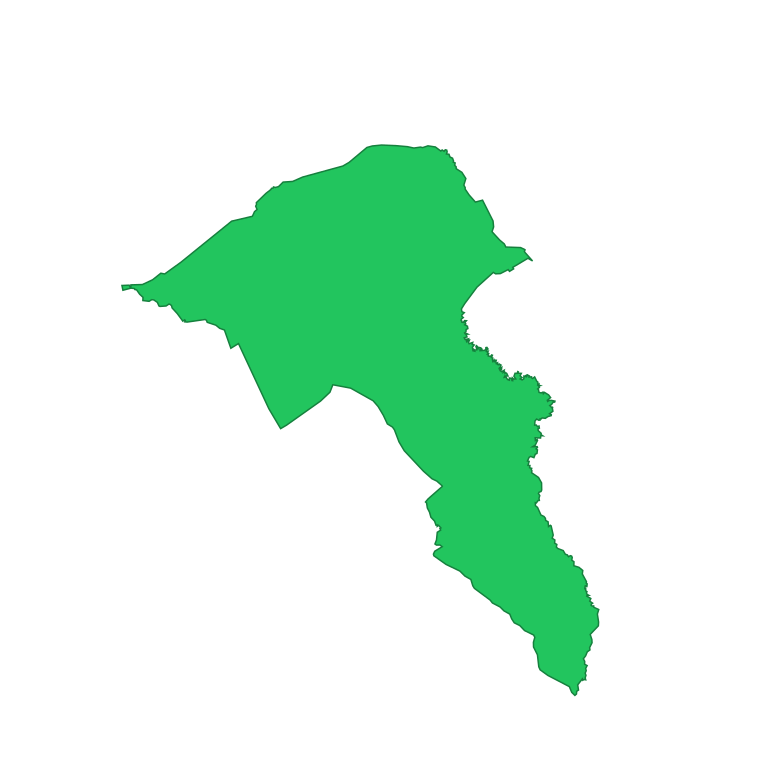 outline of Madrid, Cundinamarca, Colombia, rotated 107°
{"feature_id": "7082276B83937578345103", "entity_name": "Madrid", "entity_type": "district", "adm_level": 2, "iso_a3": "COL", "parent_name": "Colombia", "parent_adm1": "Cundinamarca", "projection": "albers", "projection_center": [-74.258, 4.77], "detail": "fine", "context": "isolated", "style": "filled", "palette": "green", "viewbox_px": 768, "rotation_deg": 107, "n_neighbors": 0, "source": "geoboundaries", "source_scale": "gbopen_adm2", "svg_char_len": 6171}
<svg xmlns="http://www.w3.org/2000/svg" viewBox="0 0 768 768"><g transform="rotate(107 384 384)"><path d="M615.1,110.8L608.0,108.1L609.2,107.3L608.2,106.4L607.9,104.6L606.3,105.7L603.5,105.7L601.7,107.1L599.1,106.8L596.9,108.0L593.9,107.4L593.3,110.2L590.5,111.0L588.5,113.0L585.0,111.7L580.7,111.3L578.1,109.3L576.0,110.3L570.6,109.4L567.6,110.5L563.2,113.6L552.6,108.3L548.9,109.2L541.6,112.7L536.9,112.7L536.2,118.0L534.9,118.6L535.5,120.0L535.1,121.2L534.0,121.4L532.6,120.4L531.5,123.8L528.7,123.5L527.6,128.1L526.9,128.0L526.2,126.4L525.8,128.3L524.6,129.3L523.2,129.2L522.8,130.6L520.7,131.3L521.3,131.7L520.8,132.3L518.1,132.5L518.2,130.8L515.7,131.3L515.3,132.4L513.8,132.6L507.7,138.8L504.2,139.4L502.3,144.0L502.3,149.3L498.4,150.4L497.6,152.9L494.8,153.3L493.7,154.3L493.7,155.6L495.2,157.1L493.8,158.7L493.8,160.8L490.9,163.9L490.5,169.7L489.6,171.5L486.9,171.8L486.3,174.3L483.2,175.0L482.3,178.1L479.0,178.0L470.8,182.7L470.5,183.7L472.2,185.0L467.8,186.8L467.2,189.5L465.2,190.4L463.9,192.3L463.4,195.6L457.1,201.1L456.1,203.6L453.2,204.6L453.2,203.5L450.4,202.6L449.9,201.4L447.9,202.4L445.2,202.4L443.6,204.3L442.1,204.0L440.9,202.4L439.3,202.2L432.5,204.4L428.2,208.9L425.7,216.9L423.7,217.2L422.6,218.3L421.5,218.1L421.5,220.3L419.3,220.6L419.7,222.5L415.6,222.6L415.7,224.3L411.7,223.8L410.4,222.6L410.6,219.1L406.9,218.8L405.7,217.4L402.1,218.0L401.6,219.6L399.7,218.7L399.1,219.2L400.5,223.5L398.3,221.5L393.0,220.7L392.3,221.4L393.8,222.7L391.2,223.7L389.9,218.5L387.5,218.9L387.1,217.2L386.6,218.9L385.2,219.3L383.5,222.9L381.9,223.6L380.8,222.5L378.9,223.5L379.9,224.7L378.7,226.4L379.3,227.9L375.2,228.8L372.9,227.8L373.4,225.4L372.9,224.2L371.6,224.5L371.3,223.3L370.2,222.9L369.7,219.7L367.2,217.7L365.4,214.9L364.5,215.0L364.0,217.0L360.7,214.5L357.3,216.2L356.5,215.5L357.5,216.7L356.1,219.2L354.7,217.8L352.0,217.0L351.4,215.5L350.4,215.5L350.7,219.2L351.6,221.4L352.8,222.4L351.8,223.1L348.3,220.7L346.3,223.4L345.1,228.1L346.7,228.8L345.3,229.6L346.6,231.1L346.7,233.3L344.1,234.7L343.8,235.6L341.8,234.4L340.7,235.5L339.9,234.2L339.9,235.5L338.7,235.8L339.8,236.8L337.2,237.4L336.7,238.7L333.2,242.0L335.3,243.5L334.9,244.7L334.0,245.0L334.9,247.3L333.8,247.3L333.3,249.7L334.4,250.8L334.7,249.7L335.4,249.8L335.5,252.5L338.2,251.8L339.7,253.1L339.4,255.3L337.5,253.9L336.4,256.3L333.7,255.8L334.5,259.1L333.1,259.1L333.0,259.7L334.9,259.8L335.4,261.8L338.6,262.0L340.6,259.5L341.4,261.4L340.7,262.8L343.2,261.9L343.3,262.7L341.3,263.6L341.6,265.9L343.7,265.3L343.6,267.2L341.6,269.5L342.5,271.0L341.1,270.9L340.1,267.8L338.0,269.7L337.7,270.7L338.6,271.4L337.0,272.3L338.0,273.3L335.8,273.2L337.8,275.1L337.3,276.7L335.7,275.9L334.0,276.2L336.4,277.5L335.7,278.4L334.6,278.3L334.2,277.1L332.6,277.9L331.7,277.6L331.2,279.7L332.1,280.1L332.1,281.2L330.5,281.6L331.6,282.6L330.0,283.6L328.5,283.6L328.7,284.5L330.2,285.1L328.8,285.8L330.5,286.6L328.6,287.6L327.4,287.5L327.2,289.0L324.8,288.7L324.7,289.5L326.5,290.2L326.8,292.4L325.7,292.6L325.5,293.8L324.2,292.9L323.8,294.3L322.1,294.0L322.8,295.7L321.1,295.8L320.1,294.8L318.9,296.3L319.4,297.2L320.9,296.8L322.4,297.6L324.1,301.9L322.9,302.2L322.8,300.8L322.0,300.5L321.1,302.0L321.3,304.4L322.0,305.0L322.7,304.3L322.9,304.9L320.8,305.7L320.3,306.8L321.1,307.1L324.1,305.2L325.1,307.2L324.6,308.2L325.5,308.3L326.1,307.3L326.2,308.7L323.0,310.2L320.3,309.2L320.3,311.2L318.3,311.3L320.6,314.4L319.4,315.4L316.9,315.1L317.3,316.3L319.4,317.2L318.6,317.9L316.3,316.8L317.7,319.4L316.4,320.8L314.7,318.4L313.1,319.6L312.2,319.6L311.8,318.5L311.6,319.6L312.4,320.8L311.6,321.9L310.1,320.9L307.8,321.4L306.5,320.0L304.3,321.1L303.8,324.1L302.6,323.4L301.5,324.6L299.4,323.7L299.8,325.5L302.0,326.2L302.1,327.7L301.1,327.9L300.7,328.9L299.3,329.0L297.3,327.6L296.5,329.4L295.3,329.7L292.3,328.1L292.1,330.7L289.5,331.9L283.5,330.3L264.2,323.4L245.3,312.1L246.0,309.5L244.4,305.0L238.3,298.7L239.6,296.9L236.0,293.7L234.8,295.0L221.7,283.1L222.9,277.9L217.0,287.6L216.0,288.6L214.5,288.3L214.2,289.0L213.6,293.3L217.4,307.5L214.9,309.9L212.5,315.5L206.8,325.2L201.7,325.1L196.2,327.4L179.4,343.5L183.3,349.8L178.3,357.9L173.9,363.4L172.4,363.8L170.5,365.8L163.6,365.8L158.8,371.4L157.0,377.9L155.1,378.6L154.3,380.3L151.8,380.6L151.7,382.6L150.4,382.7L148.0,384.5L147.6,387.3L145.3,389.0L145.8,391.5L143.5,391.5L142.0,392.4L142.1,393.9L143.9,394.6L143.2,396.8L144.6,397.8L142.3,404.2L143.4,411.6L146.6,416.1L146.8,418.4L149.6,424.4L150.2,431.1L152.6,442.4L156.2,456.2L159.8,464.8L162.8,469.5L182.3,482.2L187.6,487.1L209.8,522.2L217.0,530.6L220.4,539.5L226.1,542.6L227.8,545.3L227.9,547.3L229.2,547.4L229.8,548.8L231.0,549.0L236.2,552.6L247.9,559.1L249.6,558.4L251.5,558.7L254.2,556.4L257.0,558.2L262.1,558.9L272.8,577.3L326.8,613.7L342.9,625.9L343.3,629.8L352.0,635.8L359.5,644.1L363.2,655.0L365.6,654.3L365.9,654.8L364.0,656.6L366.4,663.4L370.7,661.1L366.3,654.0L365.7,650.5L366.5,649.9L366.3,648.1L369.6,643.9L371.6,639.8L374.7,639.0L373.6,632.8L371.2,630.7L370.9,628.7L372.2,624.6L375.2,622.0L375.3,620.9L373.1,615.2L370.4,613.0L370.5,611.5L371.3,610.0L373.2,608.9L377.1,602.3L382.7,594.8L380.9,593.4L381.3,592.6L382.8,592.7L382.3,590.3L374.6,573.9L375.0,572.4L376.7,571.1L376.9,562.0L378.8,557.4L379.0,552.4L394.6,540.9L387.9,535.0L388.4,534.5L441.3,486.9L456.9,469.8L451.9,465.2L418.9,439.7L407.7,433.3L399.7,432.7L397.7,414.7L403.2,389.5L407.3,383.0L414.2,375.4L421.2,369.1L422.7,363.3L424.8,360.6L435.0,352.7L441.9,345.1L455.9,320.7L460.6,310.4L461.4,305.1L464.4,298.6L464.9,298.3L480.7,308.1L484.7,309.8L485.3,308.5L489.9,306.3L493.3,303.0L497.7,300.2L500.3,295.6L503.8,293.0L503.2,292.0L504.6,291.5L503.2,290.5L505.0,287.5L505.8,288.3L507.2,287.1L510.2,289.7L517.9,288.2L522.1,288.5L522.7,286.8L521.6,283.3L522.6,280.8L529.1,286.6L532.2,287.0L533.7,286.1L538.4,271.9L540.7,256.8L544.1,250.3L545.5,243.8L551.0,240.1L553.0,237.8L559.6,219.3L561.7,216.3L563.3,207.8L565.9,202.9L567.3,196.4L571.2,193.3L574.3,189.6L575.3,183.5L578.7,177.5L580.3,167.5L582.2,165.7L587.3,165.6L591.8,164.1L598.1,158.1L609.2,153.3L611.7,151.1L614.8,142.0L619.2,118.3L624.0,114.3L626.0,110.4L624.2,109.3L621.6,109.9L619.8,108.5L615.1,110.8Z" fill="#22c55e" stroke="#15803d" stroke-width="1.5"/></g></svg>